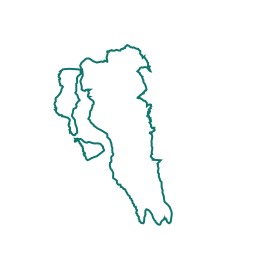 outline of Malorua, Shefa, Vanuatu, rotated 304°
{"feature_id": "77236927B16755152791685", "entity_name": "Malorua", "entity_type": "district", "adm_level": 2, "iso_a3": "VUT", "parent_name": "Vanuatu", "parent_adm1": "Shefa", "projection": "natural_earth1", "projection_center": [168.26, -17.624], "detail": "fine", "context": "isolated", "style": "outline", "palette": "teal", "viewbox_px": 256, "rotation_deg": 304, "n_neighbors": 0, "source": "geoboundaries", "source_scale": "gbopen_adm2", "svg_char_len": 5755}
<svg xmlns="http://www.w3.org/2000/svg" viewBox="0 0 256 256"><g transform="rotate(304 128 128)"><path d="M191.1,111.6L190.7,110.4L190.7,109.9L193.2,108.3L193.4,107.2L194.3,106.2L195.8,101.8L196.4,101.5L194.4,100.9L196.1,99.0L196.0,97.5L196.4,96.5L198.7,95.1L198.9,92.5L199.3,92.2L198.3,90.2L198.0,87.7L197.1,86.8L197.0,85.9L196.4,84.8L196.7,83.0L196.4,81.1L195.7,80.8L195.3,80.9L194.2,80.3L193.0,80.7L193.0,80.4L191.4,80.0L191.4,79.6L190.6,79.3L189.6,78.3L187.9,78.3L187.0,77.0L186.4,74.8L184.5,73.5L183.5,71.9L183.4,70.9L182.9,70.8L182.2,69.8L180.8,69.7L180.7,69.0L180.3,68.9L180.0,68.0L179.5,68.1L178.6,69.4L174.1,71.0L173.2,72.3L172.5,72.3L172.0,73.4L171.4,73.7L170.6,70.8L169.4,70.9L168.5,69.8L168.5,69.1L164.8,65.5L164.0,62.3L163.9,60.8L164.1,58.7L163.8,56.9L162.5,54.9L161.5,54.3L155.8,53.0L153.1,53.4L151.7,55.0L151.0,57.0L150.3,57.8L146.6,60.9L145.6,61.3L140.4,62.2L139.1,63.4L137.2,65.8L135.5,67.2L134.2,67.8L133.9,69.3L134.3,70.6L134.7,71.0L134.6,71.6L136.2,71.9L136.5,72.5L137.3,73.0L138.6,75.1L137.6,74.7L137.5,73.7L137.3,73.7L135.9,74.8L135.0,76.2L133.2,76.2L132.5,76.9L131.9,77.1L131.9,77.6L132.2,78.2L131.6,77.8L131.0,80.7L131.0,83.6L130.3,85.2L128.5,86.1L126.7,85.8L125.7,86.6L122.3,87.5L121.1,87.2L116.3,89.7L113.4,90.0L113.3,91.7L111.9,93.9L111.1,98.7L110.6,99.1L110.8,99.6L110.6,102.7L111.2,107.7L111.4,113.9L110.4,115.0L108.9,115.9L108.3,119.5L105.8,122.9L103.3,125.1L102.6,126.3L101.4,126.9L98.9,128.9L98.2,130.4L97.0,130.8L95.4,130.3L94.2,130.5L91.3,132.8L90.2,133.0L89.1,132.6L86.6,134.0L84.4,136.5L84.1,138.2L82.5,140.9L78.2,143.6L78.2,147.9L77.9,148.4L76.5,149.3L75.7,150.9L75.7,151.9L76.7,153.1L76.4,154.0L75.1,155.0L75.7,156.7L75.0,158.4L75.4,159.2L75.4,160.3L74.7,161.1L72.6,165.3L72.4,167.5L71.0,169.0L71.1,170.5L70.2,171.2L70.0,172.4L68.4,173.7L67.9,175.8L66.9,176.5L66.6,177.6L67.0,178.4L66.9,178.8L66.2,178.9L65.1,180.5L65.2,181.0L64.6,181.6L62.8,181.9L61.9,182.6L62.0,183.6L60.9,184.5L60.5,186.6L59.1,187.3L58.2,188.9L57.1,189.6L57.3,190.6L56.7,191.7L57.1,193.2L57.7,194.0L59.1,193.8L62.9,191.6L66.4,190.8L66.7,190.2L69.3,188.6L70.4,189.0L70.9,188.8L71.4,190.4L71.2,192.6L69.8,196.2L67.5,199.1L66.4,201.4L66.2,202.8L65.5,203.4L64.9,206.6L65.1,207.6L65.7,208.4L66.3,208.6L68.8,208.0L70.6,208.2L71.8,208.8L73.5,208.6L72.9,209.1L74.0,209.8L73.4,210.6L73.7,210.9L72.5,212.4L72.0,213.5L71.9,215.0L72.2,215.6L74.3,215.8L81.0,212.5L83.0,210.8L85.8,206.7L86.7,203.7L87.1,200.3L87.5,199.3L90.8,196.2L91.3,196.0L93.7,192.7L95.6,191.6L98.0,188.8L101.8,186.2L102.3,184.4L105.2,180.5L107.4,179.2L107.5,178.4L108.2,177.4L111.7,175.8L113.3,173.8L114.3,173.4L114.8,172.4L119.5,173.1L115.6,166.4L116.5,166.2L116.2,165.3L116.7,164.6L117.1,162.8L119.6,162.1L119.9,162.5L121.1,161.2L124.9,159.5L126.7,157.3L128.3,156.4L129.8,155.1L134.3,153.0L135.6,151.8L136.0,150.5L135.9,149.0L136.8,148.8L137.6,150.4L138.6,150.2L140.3,151.2L141.2,151.3L141.5,150.5L142.0,150.3L142.4,149.7L142.9,149.6L142.4,148.8L142.0,148.9L141.4,148.3L141.9,146.3L143.4,145.6L144.6,142.7L146.2,143.4L146.8,142.9L146.5,142.3L146.8,141.9L147.6,141.9L147.2,141.1L147.9,140.5L148.8,140.6L148.4,139.3L149.2,138.9L148.7,138.5L148.7,137.2L150.3,137.2L150.7,136.5L151.5,136.4L151.8,136.5L151.9,137.2L152.4,137.3L152.6,136.6L152.4,135.7L152.7,135.6L153.2,136.7L154.1,136.9L154.7,135.3L155.2,135.7L155.8,135.0L157.2,135.8L157.6,135.1L158.7,134.8L159.1,135.0L159.4,134.2L160.1,134.0L160.0,133.3L158.7,131.9L156.8,131.5L159.4,129.5L160.0,127.1L159.3,125.4L159.7,123.8L159.5,123.1L159.7,121.8L158.6,120.1L158.4,119.1L159.7,119.1L160.5,119.9L161.3,119.7L162.4,119.9L163.2,120.4L164.6,120.7L165.1,121.4L165.7,120.9L166.3,121.6L167.4,121.1L169.0,121.4L169.2,121.9L170.2,121.9L172.2,119.8L173.8,117.5L174.4,115.7L175.1,114.7L176.3,114.0L176.9,112.7L177.8,111.6L178.6,111.4L178.5,110.8L179.4,107.8L180.1,107.2L180.2,104.1L182.7,104.7L184.6,104.5L185.8,105.3L186.8,107.0L187.6,107.5L188.7,109.4L188.6,111.1L187.9,112.4L187.5,114.0L187.7,114.8L188.9,112.9L188.9,112.1L191.1,111.6ZM140.3,41.4L137.2,40.2L137.3,40.8L136.3,41.1L134.3,40.8L134.2,41.1L133.5,40.8L133.2,41.5L132.0,41.6L131.5,42.4L131.3,43.6L130.9,44.3L130.3,44.4L129.8,44.0L129.7,44.4L128.8,44.6L127.3,46.0L126.5,47.4L125.5,47.9L126.0,49.8L125.8,51.0L123.4,51.1L120.8,52.1L118.5,52.4L114.8,52.0L112.8,51.4L111.8,51.5L109.8,53.2L108.1,53.1L106.7,53.7L105.0,56.2L104.4,56.1L104.5,57.5L103.1,58.2L102.0,58.4L100.8,60.2L100.6,63.2L100.2,63.4L100.3,64.0L101.6,65.9L101.5,66.5L100.8,66.9L102.0,69.3L102.2,70.8L102.8,72.0L102.9,73.1L102.6,73.7L102.6,74.8L101.8,75.5L98.1,76.7L98.3,77.1L97.0,77.4L96.3,78.1L96.0,78.8L96.1,79.4L95.7,79.8L94.4,80.8L93.7,80.5L93.6,81.2L92.7,81.8L93.1,81.8L92.8,82.8L91.9,83.8L92.1,84.4L91.8,84.7L91.5,86.3L91.9,87.5L92.5,88.0L93.8,87.8L94.9,88.4L96.0,88.3L98.0,86.8L99.4,85.5L101.7,82.3L105.0,79.3L106.2,75.6L106.9,74.5L109.4,73.9L111.2,72.9L113.5,72.2L115.5,73.6L117.4,73.2L118.2,72.0L118.8,71.8L122.2,71.8L123.8,72.5L124.4,71.9L124.5,71.0L125.0,70.1L127.0,67.6L127.5,65.0L127.8,64.6L129.6,64.6L135.8,60.3L137.2,60.5L140.9,57.7L143.1,57.6L146.5,58.6L148.2,57.2L149.6,56.6L149.4,55.4L148.7,53.8L144.1,46.0L140.9,42.0L140.3,41.4ZM87.3,118.0L95.6,120.7L96.5,120.4L97.2,118.8L98.5,117.9L99.4,114.0L98.6,112.0L96.1,108.2L94.7,103.8L94.1,102.9L93.0,102.3L92.1,100.5L92.1,98.5L92.5,96.7L92.4,94.7L91.6,94.1L91.0,92.1L89.9,91.2L89.4,90.2L89.0,90.9L87.5,91.1L87.0,91.5L87.6,92.3L89.2,92.6L89.7,94.2L89.5,95.1L88.5,96.2L88.6,96.6L88.3,96.9L88.2,98.1L87.8,98.2L87.7,98.9L87.1,99.6L87.3,100.6L86.3,101.4L86.0,102.0L85.5,102.0L85.1,102.8L83.7,103.5L83.8,104.0L83.4,104.3L83.2,105.9L82.0,105.8L82.3,106.8L81.7,106.9L81.3,106.5L80.6,107.3L80.8,107.9L80.5,108.8L79.1,110.4L78.7,112.4L79.7,113.2L82.8,114.7L87.3,118.0ZM102.9,57.6L102.3,57.2L102.2,57.5L102.9,57.6Z" fill="none" stroke="#0f766e" stroke-width="2"/></g></svg>